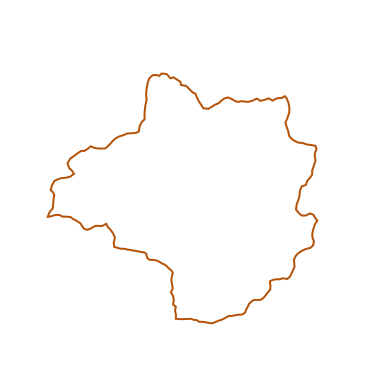 Itamonte, Minas Gerais, Brazil (Equal Earth projection), rotated 202°
{"feature_id": "56859067B95812833823274", "entity_name": "Itamonte", "entity_type": "district", "adm_level": 2, "iso_a3": "BRA", "parent_name": "Brazil", "parent_adm1": "Minas Gerais", "projection": "equal_earth", "projection_center": [-44.75, -22.29], "detail": "fine", "context": "isolated", "style": "outline", "palette": "amber", "viewbox_px": 384, "rotation_deg": 202, "n_neighbors": 0, "source": "geoboundaries", "source_scale": "gbopen_adm2", "svg_char_len": 3004}
<svg xmlns="http://www.w3.org/2000/svg" viewBox="0 0 384 384"><g transform="rotate(202 192 192)"><path d="M173.9,91.0L170.4,88.2L168.3,84.8L167.4,80.6L164.0,79.6L163.3,75.6L161.0,72.4L159.5,68.4L156.4,69.3L153.1,70.6L148.6,72.6L145.4,74.1L142.5,74.1L139.7,75.0L136.6,74.3L133.7,75.6L130.0,76.4L124.2,77.7L121.2,80.6L119.1,82.7L116.8,84.5L114.2,87.4L111.7,90.6L109.2,91.8L106.8,93.2L104.0,95.1L100.0,96.9L97.7,99.7L97.6,103.6L97.1,110.1L95.5,113.4L93.2,115.6L90.3,116.5L87.6,118.1L85.8,121.2L84.3,126.4L82.9,131.0L84.2,134.5L86.4,138.3L83.9,141.0L81.1,142.7L78.2,143.8L75.3,146.1L71.1,147.0L69.5,150.3L69.1,155.8L68.9,160.9L70.5,164.4L72.1,167.2L71.9,171.4L70.7,174.8L68.8,177.7L66.2,180.8L64.0,182.6L61.5,184.4L59.7,187.8L60.4,191.9L62.6,194.0L64.7,197.7L65.5,202.2L66.0,207.6L65.1,212.4L68.0,214.1L70.9,216.3L74.4,216.4L77.8,212.8L81.3,211.3L85.4,212.6L89.0,214.8L90.3,219.7L90.4,224.5L90.9,228.5L92.5,233.8L92.2,238.4L89.0,241.3L89.4,245.6L87.9,249.5L87.1,253.2L88.6,256.9L88.9,262.4L89.3,267.6L91.4,271.0L92.7,274.1L92.6,278.4L94.8,281.1L98.7,280.3L103.3,279.1L107.8,278.9L112.0,277.6L115.7,277.8L119.3,278.4L123.1,280.6L125.4,284.2L128.2,287.3L131.4,291.4L131.2,295.6L131.6,302.3L133.5,307.1L136.3,311.2L139.3,314.3L141.9,315.6L144.1,312.7L146.7,311.7L149.1,309.9L151.6,306.9L155.9,307.6L158.8,305.0L162.8,302.1L166.8,303.0L170.3,299.2L173.7,296.6L177.0,295.6L179.8,294.9L183.0,292.8L186.3,292.5L189.4,293.0L193.9,293.2L197.1,290.8L198.9,287.8L200.3,284.7L203.7,281.1L205.7,278.2L208.0,275.2L212.8,273.9L219.8,278.8L223.5,282.1L225.6,284.5L228.4,284.5L232.2,286.1L237.3,288.2L242.3,287.1L243.9,289.7L247.9,290.6L252.1,291.4L254.6,289.3L259.8,291.9L264.6,290.4L265.9,287.4L269.1,287.1L272.3,285.5L274.2,281.4L273.9,276.0L272.5,270.1L271.3,265.6L268.8,261.0L267.6,254.7L266.3,249.7L264.7,245.2L263.2,241.5L264.7,238.4L265.2,233.7L264.0,228.2L265.9,226.0L268.7,224.5L271.7,223.0L274.2,221.9L276.5,219.3L278.9,217.4L281.0,215.6L283.4,212.4L284.9,208.9L286.1,205.2L288.6,200.0L292.5,198.2L296.0,197.0L299.2,196.3L302.9,196.5L305.1,192.6L307.1,189.8L310.0,188.7L312.6,185.0L315.4,180.3L317.3,177.6L318.2,172.0L315.0,168.3L311.1,166.7L308.2,164.6L310.6,160.7L313.8,158.3L316.5,156.9L318.9,155.5L321.5,153.2L323.7,150.7L324.3,145.9L323.8,141.0L321.1,139.7L318.6,137.7L317.7,133.6L316.4,129.4L315.0,124.7L316.6,119.5L316.4,115.0L313.1,116.9L310.9,119.0L308.4,120.3L305.8,121.0L302.7,120.7L298.9,122.2L295.2,123.3L291.9,122.3L289.1,122.2L286.5,121.7L283.8,121.2L281.1,119.2L278.3,117.5L274.9,117.7L271.9,120.5L270.2,123.0L268.0,124.9L265.5,125.6L262.3,127.1L259.7,130.3L256.4,127.7L252.8,126.1L249.6,124.0L246.3,120.7L245.6,115.6L243.4,111.9L240.6,112.3L237.1,112.6L233.7,113.9L230.1,114.5L227.3,115.2L223.5,116.0L219.7,116.8L216.6,117.3L213.6,118.1L211.1,117.5L209.1,114.3L206.2,113.2L202.5,114.5L198.9,115.3L196.2,115.1L193.2,114.5L190.1,114.5L187.3,113.6L184.6,112.3L181.8,111.6L179.4,109.7L179.0,106.1L178.3,102.7L176.0,99.1L173.8,95.4L173.9,91.0Z" fill="none" stroke="#b45309" stroke-width="2"/></g></svg>